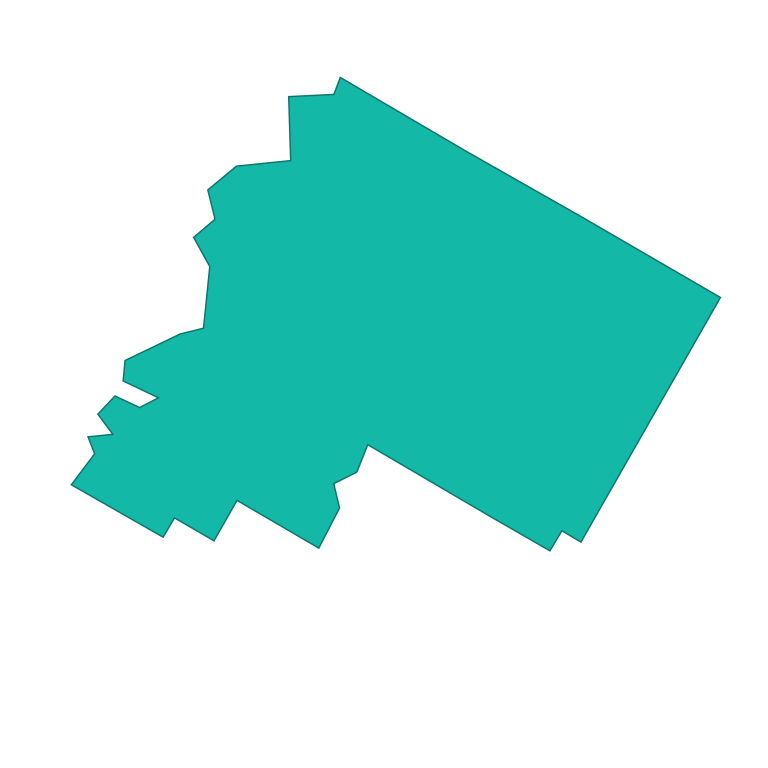 the district of Pike, Indiana, United States of America, rotated 300°
{"feature_id": "52423323B70225579188436", "entity_name": "Pike", "entity_type": "district", "adm_level": 2, "iso_a3": "USA", "parent_name": "United States of America", "parent_adm1": "Indiana", "projection": "natural_earth1", "projection_center": [-87.305, 38.392], "detail": "fine", "context": "isolated", "style": "filled", "palette": "teal", "viewbox_px": 768, "rotation_deg": 300, "n_neighbors": 0, "source": "geoboundaries", "source_scale": "gbopen_adm2", "svg_char_len": 627}
<svg xmlns="http://www.w3.org/2000/svg" viewBox="0 0 768 768"><g transform="rotate(300 384 384)"><path d="M140.4,163.6L140.9,269.3L163.3,269.5L163.2,315.2L209.7,314.9L209.3,409.6L254.3,407.5L272.6,390.3L294.1,404.5L323.3,400.3L322.4,543.1L322.5,611.1L345.8,611.4L345.6,633.6L627.1,632.1L627.5,473.1L626.6,336.6L627.6,192.9L609.7,195.8L585.2,157.8L530.8,191.5L498.9,147.3L464.0,134.4L442.2,155.3L415.8,145.8L398.6,174.4L342.1,199.8L325.3,182.4L274.9,148.0L256.2,156.6L259.3,195.6L241.4,184.1L239.1,157.0L214.8,151.3L204.8,174.4L190.3,154.1L178.8,168.3L140.4,163.6Z" fill="#14b8a6" stroke="#0f766e" stroke-width="1.5"/></g></svg>